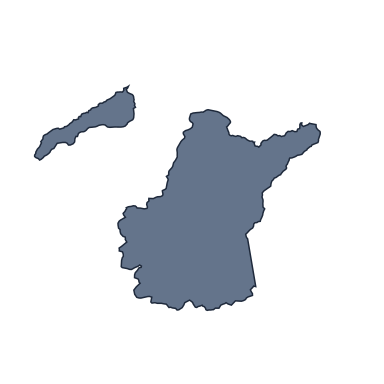 outline of Sítio d'Abadia, Goiás, Brazil, rotated 73°
{"feature_id": "56859067B22155474073709", "entity_name": "Sítio d'Abadia", "entity_type": "district", "adm_level": 2, "iso_a3": "BRA", "parent_name": "Brazil", "parent_adm1": "Goiás", "projection": "natural_earth1", "projection_center": [-46.35, -14.751], "detail": "fine", "context": "isolated", "style": "filled", "palette": "slate", "viewbox_px": 384, "rotation_deg": 73, "n_neighbors": 0, "source": "geoboundaries", "source_scale": "gbopen_adm2", "svg_char_len": 5734}
<svg xmlns="http://www.w3.org/2000/svg" viewBox="0 0 384 384"><g transform="rotate(73 192 192)"><path d="M300.5,240.8L300.8,239.1L299.7,235.2L297.7,232.9L295.7,231.3L294.7,225.9L296.3,224.7L297.8,223.7L299.3,223.6L300.4,223.3L301.4,223.0L303.1,222.5L303.8,221.2L303.3,219.7L303.4,217.4L303.2,215.4L304.4,215.0L305.3,213.7L307.1,213.1L308.6,213.1L309.6,212.1L309.8,210.1L310.3,208.7L310.5,207.1L310.8,205.9L309.9,203.6L311.0,200.2L308.6,197.5L308.3,194.9L308.3,193.2L307.8,191.8L309.6,190.3L311.7,187.4L308.8,182.3L310.9,176.6L310.9,174.4L310.5,172.3L309.2,170.9L308.7,168.8L308.7,167.3L308.6,164.4L306.8,163.9L305.0,164.4L302.6,164.8L301.7,163.2L300.9,161.7L300.0,160.6L301.1,158.7L253.0,152.5L251.6,153.1L250.3,153.2L248.1,153.0L247.1,151.0L245.6,148.5L244.9,147.1L244.2,144.6L242.8,143.2L240.5,142.2L239.8,140.8L240.2,138.9L239.7,137.3L240.0,135.3L238.6,134.5L236.8,132.8L234.8,131.2L233.1,130.4L232.1,129.7L230.9,128.9L229.4,127.4L227.1,128.5L225.7,128.1L223.7,127.6L221.7,126.8L220.2,126.4L218.4,126.5L217.2,126.5L215.5,125.5L213.4,125.1L212.0,122.9L211.1,120.2L210.5,118.4L210.0,116.7L209.4,115.0L207.1,114.0L205.0,112.6L204.0,110.7L202.7,109.2L202.7,107.5L201.4,103.8L201.4,102.2L200.5,101.3L198.8,98.8L197.7,95.6L196.7,94.5L195.1,94.6L194.0,93.9L193.3,92.7L191.6,91.4L190.1,89.9L188.9,89.3L188.1,88.5L188.6,86.6L188.5,84.2L188.3,82.4L187.7,80.4L188.0,78.4L188.1,75.9L186.1,72.8L185.7,71.5L185.3,69.8L184.4,69.1L183.9,67.6L183.2,66.1L183.2,64.6L182.2,63.8L181.9,62.0L181.7,59.3L181.5,57.1L180.1,56.1L178.7,55.7L174.3,52.6L173.0,52.1L171.5,51.9L169.7,53.2L167.5,54.2L165.9,54.2L163.8,53.7L161.3,58.5L160.6,59.5L161.5,61.1L161.9,66.3L160.0,67.6L158.0,66.8L157.9,68.1L159.2,69.2L161.0,69.7L162.8,70.5L162.8,72.6L164.8,74.0L164.4,76.0L162.6,78.3L162.9,79.9L162.6,81.2L162.1,82.4L163.1,84.7L164.4,85.9L165.3,87.1L165.1,88.8L165.1,90.3L163.7,91.6L163.4,93.4L161.8,94.7L160.9,96.6L161.7,98.2L162.7,100.6L163.6,103.0L164.4,104.8L164.3,106.3L163.7,107.7L163.9,109.4L165.6,111.8L167.2,112.3L167.9,113.7L168.6,115.0L167.5,115.9L167.0,117.2L166.3,118.3L163.7,118.3L162.6,117.6L162.4,118.9L161.2,119.1L160.7,120.3L160.4,121.7L159.4,122.8L158.4,123.9L156.6,125.0L155.6,125.7L154.9,126.8L154.6,128.5L153.0,129.3L151.5,131.9L151.7,133.8L150.6,135.6L149.8,136.5L149.7,138.1L148.7,139.3L147.6,139.7L145.8,139.4L143.4,139.7L142.1,139.7L139.9,139.9L139.3,138.5L138.2,137.0L136.9,135.0L135.7,134.6L133.7,135.1L131.0,136.7L128.1,139.8L124.9,141.7L123.7,142.8L122.4,144.5L118.0,152.6L117.9,154.4L118.9,158.0L118.3,159.6L118.1,161.5L117.4,164.5L117.1,166.4L116.8,167.8L117.0,170.4L120.7,172.9L122.2,173.3L124.1,172.9L125.8,171.4L127.2,171.1L130.1,172.8L131.0,175.0L131.4,177.5L131.4,180.3L132.3,182.8L133.8,183.3L136.9,182.6L138.4,183.5L139.4,186.0L140.6,187.9L145.0,192.6L145.9,193.4L147.2,194.1L150.1,194.6L152.5,195.4L154.3,195.9L156.9,198.6L158.7,201.1L161.8,202.9L162.9,204.1L164.5,206.8L165.3,207.9L166.3,208.5L168.8,209.3L169.6,211.9L172.1,211.2L173.4,211.2L174.7,212.2L176.3,213.2L181.1,215.7L181.6,216.9L182.0,219.9L183.1,220.2L185.0,220.3L186.3,220.7L187.0,221.8L187.2,223.4L186.5,226.3L186.5,227.8L187.0,230.9L185.5,235.1L186.8,235.6L187.9,235.7L189.0,238.1L190.7,239.0L193.4,239.0L194.5,239.8L194.2,242.5L192.3,246.1L191.2,249.2L189.9,249.6L188.8,250.3L188.0,252.2L188.0,254.4L187.7,255.9L187.5,257.2L187.8,259.5L189.0,259.4L189.6,260.5L191.0,261.8L192.3,264.1L193.9,264.1L196.7,263.1L197.9,268.4L198.6,270.2L200.2,271.9L202.1,272.4L205.1,272.8L206.8,271.8L208.9,272.3L211.1,272.4L214.3,270.9L215.5,269.1L216.7,269.2L218.0,269.7L220.8,269.0L223.5,275.5L224.3,278.1L225.8,278.3L227.1,278.8L228.9,276.0L231.2,275.9L233.5,276.5L234.4,277.8L236.8,279.3L242.7,281.5L243.9,280.8L246.3,276.3L247.7,274.4L248.4,272.5L247.6,268.9L247.2,265.2L246.5,263.4L248.1,262.0L249.2,262.7L249.0,264.8L250.9,267.0L252.6,269.8L254.4,271.1L257.1,272.0L259.4,269.0L260.8,268.7L262.6,269.0L264.1,268.3L266.5,273.1L268.8,276.3L273.1,276.7L276.6,275.6L277.9,273.6L278.5,271.8L279.0,265.1L279.4,263.2L280.8,261.2L285.1,263.5L286.5,262.8L287.0,259.8L288.3,257.7L289.5,253.8L290.5,252.0L291.8,249.3L295.7,247.8L296.0,246.0L297.1,244.7L298.5,241.7L300.5,240.8ZM116.9,328.4L116.6,326.6L115.5,324.0L114.6,322.9L114.1,320.0L113.3,317.8L112.4,316.2L111.1,315.1L110.1,313.4L110.0,311.4L106.0,306.7L106.8,301.1L107.6,298.5L108.9,297.1L111.0,296.4L111.5,294.6L111.1,291.5L109.8,289.6L106.8,288.4L104.9,286.7L105.4,285.3L102.8,283.5L102.2,281.7L102.1,280.2L102.7,277.8L102.5,276.5L101.9,274.9L100.8,273.3L100.2,271.4L100.8,268.7L101.4,265.5L101.4,263.8L101.0,261.5L101.3,258.7L101.6,257.3L102.5,255.5L105.1,253.8L106.1,251.8L107.3,246.6L108.2,243.9L109.1,241.1L109.5,238.7L109.4,236.6L108.0,234.1L107.0,233.4L106.2,231.1L105.6,227.7L104.8,226.7L103.8,226.0L100.2,224.6L98.6,224.3L95.0,223.6L94.5,221.3L92.4,221.7L91.0,220.8L88.3,221.3L86.9,220.4L85.4,220.3L83.9,220.0L82.5,220.1L81.3,220.7L79.5,222.9L77.8,224.6L74.7,224.9L73.9,223.3L72.3,221.9L72.8,223.5L72.8,224.8L72.9,227.0L74.9,227.5L76.1,229.3L75.4,231.1L75.0,232.9L74.6,234.3L74.6,235.7L75.8,236.5L77.0,237.6L78.3,241.4L78.9,243.3L79.2,246.4L80.3,248.2L80.2,249.8L80.9,251.7L80.2,254.0L81.0,256.0L82.4,256.4L82.9,258.9L82.7,260.9L82.5,262.2L82.8,263.9L83.9,265.0L84.0,266.9L85.7,268.2L85.0,269.4L85.4,271.0L85.1,272.4L85.2,274.5L86.1,275.5L87.4,276.4L86.8,277.7L87.5,278.8L88.9,279.1L89.0,282.4L88.3,284.0L89.2,285.0L90.2,286.5L90.9,288.9L91.7,290.1L92.6,292.8L92.3,294.8L93.2,295.8L93.2,298.3L93.2,300.2L91.9,301.3L91.6,303.0L91.6,306.7L93.5,312.2L94.1,313.4L94.2,315.0L94.4,316.3L94.9,317.6L96.2,318.5L97.6,319.0L99.7,321.9L101.0,321.6L102.7,323.2L104.2,324.5L105.8,327.3L108.2,329.7L109.4,330.1L110.7,331.7L112.1,332.1L113.6,331.1L115.2,329.1L116.9,328.4Z" fill="#64748b" stroke="#1e293b" stroke-width="1.5"/></g></svg>